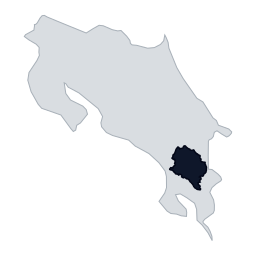 Buenos Aires, Puntarenas, Costa Rica (highlighted)
{"feature_id": "36466004B75428693831232", "entity_name": "Buenos Aires", "entity_type": "district", "adm_level": 2, "iso_a3": "CRI", "parent_name": "Costa Rica", "parent_adm1": "Puntarenas", "projection": "natural_earth1", "projection_center": [-83.259, 9.079], "detail": "fine", "context": "in_parent", "style": "filled", "palette": "ink", "viewbox_px": 256, "rotation_deg": 0, "n_neighbors": 0, "source": "geoboundaries", "source_scale": "gbopen_adm2", "svg_char_len": 6843}
<svg xmlns="http://www.w3.org/2000/svg" viewBox="0 0 256 256"><path d="M231.7,131.9L231.4,133.2L230.3,134.6L228.8,136.0L226.7,137.0L221.8,134.1L217.0,130.8L214.3,132.3L213.3,136.6L211.5,138.8L209.3,139.7L208.4,141.1L208.2,155.6L208.4,169.2L212.0,169.5L218.1,174.2L220.7,177.0L221.6,179.6L220.8,180.9L216.3,183.8L212.0,187.6L209.8,192.3L213.6,199.9L214.4,205.0L214.3,210.4L213.3,213.0L204.8,219.2L203.0,221.4L203.2,222.9L207.9,227.2L210.1,231.3L211.9,236.3L212.2,240.6L207.9,232.6L202.1,225.0L197.0,220.2L196.6,209.2L194.6,203.3L186.9,197.8L180.3,193.9L175.5,194.7L178.4,201.0L186.1,209.1L186.7,212.3L186.5,216.4L181.2,215.8L176.6,214.1L170.9,213.5L167.1,211.1L159.0,201.4L164.7,193.1L166.5,187.7L166.4,176.4L165.1,171.0L158.9,162.7L149.0,153.6L135.2,146.1L128.7,140.1L112.6,135.5L106.4,132.5L101.6,126.8L100.9,122.8L102.6,116.5L98.2,108.6L78.9,92.9L68.2,87.2L65.9,83.8L64.2,82.8L65.8,93.5L70.5,100.0L82.8,106.1L86.2,109.6L87.5,114.2L80.4,123.0L76.7,125.3L75.7,130.1L73.3,131.5L70.9,128.7L60.9,115.0L41.7,108.3L38.2,104.3L31.1,91.7L27.8,80.2L29.0,72.5L36.9,60.6L39.4,55.4L38.9,52.2L39.2,47.5L36.2,44.2L28.9,39.9L24.3,36.5L25.5,34.7L33.9,30.1L34.5,25.9L34.4,24.6L35.8,24.3L37.0,23.2L37.8,22.0L40.1,18.0L42.1,15.7L44.4,15.4L47.2,17.0L57.8,21.4L69.5,26.2L86.2,33.0L93.2,28.6L99.1,25.3L103.3,25.8L112.3,29.7L117.7,30.9L121.0,30.5L126.7,36.2L129.9,40.5L130.4,43.4L132.1,44.9L136.6,45.3L147.6,48.2L154.3,47.6L160.4,44.5L163.7,40.8L164.8,35.0L166.3,37.9L168.1,42.4L168.9,48.2L176.8,67.6L183.1,78.5L196.9,98.3L202.9,101.9L212.9,117.8L216.4,120.5L218.4,125.2L228.8,129.0L231.7,131.9Z" fill="#d9dde1" stroke="#a8b0b8" stroke-width="1"/><path d="M194.5,187.4L194.9,187.9L195.1,187.9L195.4,188.1L195.7,188.3L195.8,188.3L196.0,188.4L196.3,188.7L196.4,188.9L196.5,189.0L196.8,189.1L197.0,189.2L197.7,189.5L198.3,189.5L199.0,189.7L199.9,189.8L200.0,189.7L200.3,189.7L200.4,189.4L200.5,189.3L200.6,189.1L200.5,188.9L200.5,188.7L200.1,188.4L199.8,188.0L199.8,187.6L199.7,187.5L199.7,187.2L199.8,187.0L199.9,186.8L200.0,186.7L200.1,186.4L199.8,185.9L199.8,185.6L199.7,185.5L199.6,185.4L199.4,185.4L199.3,185.5L199.1,185.4L198.9,185.1L198.7,185.0L198.6,184.9L198.6,184.6L198.2,184.1L198.1,183.9L198.1,183.7L198.2,183.2L198.4,182.8L198.3,182.7L198.2,182.6L198.3,182.5L198.5,182.6L199.1,182.4L199.4,182.2L199.9,182.2L200.1,182.1L199.9,181.9L199.8,181.1L199.7,180.9L199.5,180.7L199.7,180.0L200.2,180.0L200.4,179.9L200.6,179.6L200.7,179.4L200.9,179.3L201.1,178.9L200.9,178.5L200.8,178.1L200.8,177.9L200.8,177.7L200.5,177.6L200.4,177.4L200.0,177.2L199.8,177.0L199.5,176.9L200.2,176.2L200.6,176.1L201.2,176.0L201.6,176.1L201.9,176.2L202.3,176.2L202.5,176.2L202.9,176.1L203.0,176.0L203.4,175.6L203.5,175.1L203.6,174.9L203.8,174.3L204.0,173.9L204.2,173.6L204.3,173.5L204.7,173.5L204.9,173.3L205.1,173.2L205.6,172.5L205.7,172.4L206.1,171.9L206.0,171.1L206.2,170.8L206.4,170.3L206.4,170.0L206.3,169.8L206.3,169.7L206.5,168.8L206.3,168.3L206.3,168.1L206.5,167.6L206.5,167.1L206.4,166.8L206.3,166.7L206.2,166.7L206.0,166.3L205.8,165.7L205.8,165.3L205.6,165.2L205.4,165.1L205.4,164.6L205.1,164.3L205.0,164.1L205.1,163.8L205.0,162.9L205.1,162.5L204.9,162.4L204.8,162.2L204.5,162.3L204.0,162.3L203.4,162.1L202.9,162.0L202.7,161.9L201.9,161.9L201.7,161.9L201.5,161.7L201.3,161.3L201.1,161.1L200.9,161.0L200.8,160.9L200.6,160.6L200.5,160.1L200.5,159.9L200.8,159.7L201.0,159.5L201.0,159.3L201.0,159.2L200.7,158.7L200.4,158.4L199.9,158.0L199.9,157.6L199.8,157.0L199.8,156.9L199.9,156.6L200.1,156.4L200.1,156.2L200.1,155.9L200.1,155.7L199.7,155.3L199.5,155.2L199.1,155.2L198.8,155.2L198.5,155.1L198.3,154.9L198.2,154.6L197.8,154.3L197.5,154.1L197.4,154.1L197.4,153.9L197.2,153.8L196.5,153.7L196.3,153.5L196.3,153.3L196.2,153.2L195.7,152.7L195.5,152.4L195.3,152.2L195.1,152.1L194.9,151.8L194.8,151.7L194.6,151.6L194.5,151.3L194.4,151.2L194.3,150.9L194.2,150.8L194.2,150.6L193.9,150.1L193.5,149.9L193.3,150.0L193.2,150.1L192.9,150.2L192.3,150.2L192.0,150.3L191.2,150.4L190.9,150.3L190.6,150.2L190.0,149.7L189.9,149.3L189.7,149.1L189.4,149.0L188.9,148.9L188.2,148.5L187.7,148.3L187.4,147.9L187.1,147.9L186.9,147.8L186.7,147.7L186.6,147.3L186.4,147.1L186.1,146.9L185.7,146.3L185.6,146.2L185.4,146.1L185.2,145.9L184.8,145.9L184.1,145.9L184.0,146.1L183.9,146.2L183.8,146.4L183.4,146.8L183.2,147.1L183.2,147.5L183.0,147.8L182.9,148.0L182.6,148.2L182.3,148.3L181.9,148.4L181.4,148.4L180.6,148.5L180.2,148.8L179.8,149.0L179.8,148.8L179.6,148.6L179.6,148.4L179.5,148.2L179.4,148.2L178.9,147.8L178.9,147.7L178.6,147.3L178.3,147.1L177.9,147.0L177.6,147.3L177.3,147.7L177.3,147.8L177.1,148.0L176.9,148.1L176.8,148.3L176.7,148.6L176.4,148.8L176.3,149.0L176.2,149.2L176.1,149.3L176.0,149.7L175.7,150.2L175.6,150.7L175.5,151.3L175.4,151.5L175.2,151.8L175.1,152.3L175.0,152.6L174.9,152.7L174.9,152.8L174.4,153.6L174.2,154.2L174.1,154.3L173.3,154.6L173.2,154.8L173.0,155.2L173.0,155.6L172.9,155.8L172.9,156.3L172.8,156.8L172.7,157.1L172.6,157.3L172.5,157.5L172.4,157.6L172.2,157.7L172.0,158.2L172.1,158.3L172.3,158.0L172.5,158.0L172.6,158.3L172.5,158.6L172.8,159.0L173.3,159.0L173.6,159.3L173.8,159.4L174.0,159.6L174.3,159.3L174.3,159.2L174.5,159.2L174.7,159.5L174.7,160.0L175.0,160.1L175.1,160.3L175.1,160.5L175.0,161.2L175.4,162.0L175.3,162.4L175.3,162.5L174.9,162.6L174.8,163.0L174.7,163.3L174.6,163.5L174.9,164.0L175.1,164.3L175.2,164.5L175.2,165.0L174.4,165.7L174.3,166.0L174.1,166.1L173.8,166.1L173.5,166.5L173.2,166.8L173.1,167.0L173.2,167.3L173.2,167.6L173.2,167.8L172.9,168.1L172.7,168.1L172.5,167.9L172.3,167.9L172.0,167.7L171.9,167.7L171.6,167.7L171.4,167.8L171.2,167.8L170.9,167.8L170.7,167.7L170.6,167.8L170.3,168.3L170.3,168.5L170.0,168.7L169.7,169.0L169.7,169.4L169.9,169.6L170.2,169.6L170.5,169.8L171.0,170.0L171.6,170.0L171.9,170.1L172.0,170.2L172.3,170.2L172.7,170.4L173.0,170.8L173.1,171.0L173.6,171.1L173.7,171.5L173.9,171.6L173.9,171.8L173.9,172.0L174.3,172.3L174.5,172.5L174.9,172.7L175.0,172.9L175.2,173.1L175.4,173.6L175.6,173.8L175.8,173.9L176.4,173.9L176.6,174.0L176.9,174.0L177.1,174.2L177.9,174.2L178.2,174.6L178.4,174.9L178.6,175.1L178.8,175.1L178.9,174.9L178.9,174.4L178.9,174.1L179.2,173.9L179.5,173.9L179.6,174.0L179.8,174.1L180.0,174.4L180.2,174.5L180.6,174.5L181.3,174.8L181.7,175.2L181.8,175.4L181.8,176.3L181.7,176.6L181.6,176.8L182.5,177.5L183.6,177.8L183.7,177.7L183.9,177.5L184.1,177.4L184.3,177.4L184.5,177.5L184.8,177.5L185.2,177.7L185.7,178.0L186.0,178.3L186.2,178.5L186.5,178.8L187.0,178.7L187.3,178.6L187.7,178.8L187.9,179.1L188.2,179.3L188.4,179.5L188.7,179.5L189.2,179.6L189.3,179.8L189.3,180.1L189.4,180.6L189.5,180.7L189.8,181.1L189.9,181.4L190.0,181.6L190.3,181.9L191.0,182.4L191.3,182.7L191.4,182.8L191.5,183.0L191.8,183.4L192.1,183.6L192.2,183.8L192.5,184.1L192.6,184.3L193.0,184.8L193.2,185.0L193.2,185.3L193.4,185.6L193.7,186.4L193.9,186.7L194.0,186.8L194.4,187.1L194.5,187.4L194.5,187.4Z" fill="#0f172a" stroke="#020617" stroke-width="1.5"/></svg>